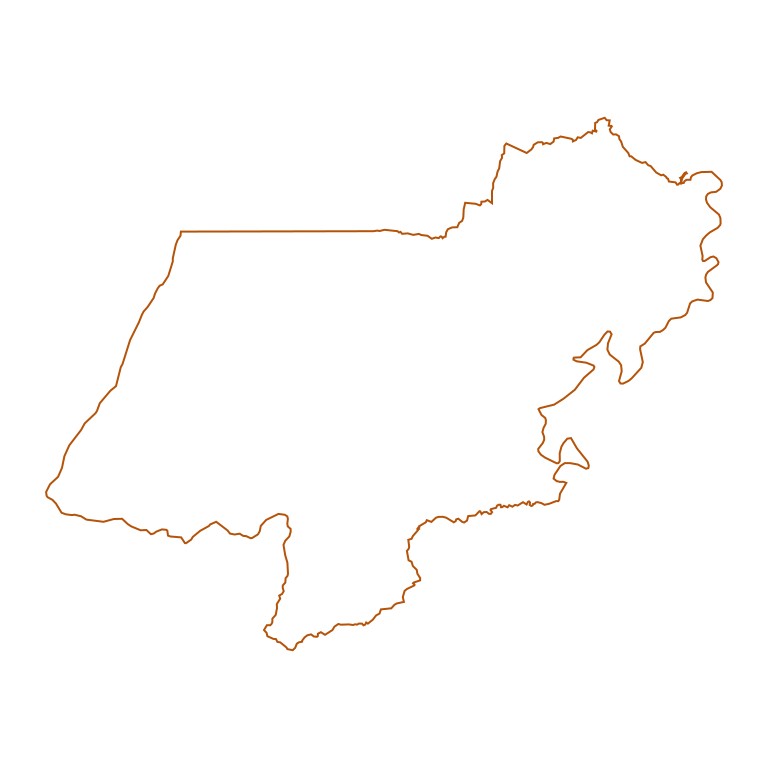 the district of Riofrío, Valle del Cauca, Colombia
{"feature_id": "7082276B33798425293322", "entity_name": "Riofrío", "entity_type": "district", "adm_level": 2, "iso_a3": "COL", "parent_name": "Colombia", "parent_adm1": "Valle del Cauca", "projection": "orthographic", "projection_center": [-76.345, 4.104], "detail": "fine", "context": "isolated", "style": "outline", "palette": "amber", "viewbox_px": 768, "rotation_deg": 0, "n_neighbors": 0, "source": "geoboundaries", "source_scale": "gbopen_adm2", "svg_char_len": 6106}
<svg xmlns="http://www.w3.org/2000/svg" viewBox="0 0 768 768"><path d="M711.6,171.8L701.3,172.1L696.7,173.3L692.3,175.5L691.0,177.2L690.4,179.8L686.4,179.8L684.4,181.3L683.8,182.9L681.8,183.2L681.3,182.4L682.1,178.6L685.5,173.7L686.8,173.4L686.1,172.3L684.5,173.1L681.8,177.0L680.1,177.9L681.1,179.2L680.7,183.6L679.4,183.2L678.1,184.6L677.1,184.7L675.6,182.4L668.9,181.5L668.0,178.7L666.7,178.2L666.3,177.0L663.2,174.7L661.1,175.3L656.1,172.4L650.7,166.1L648.2,165.2L645.5,162.1L642.0,162.9L635.6,159.9L631.2,156.3L629.6,156.3L628.3,153.0L622.8,146.8L621.2,141.7L619.4,139.0L619.0,136.2L616.1,134.4L613.2,134.5L610.6,132.0L609.8,129.3L611.8,126.4L611.4,125.9L608.7,125.7L609.7,120.4L606.6,120.2L604.7,117.8L598.5,119.9L597.0,122.2L595.2,122.9L595.0,129.5L596.5,130.9L596.2,131.6L592.7,130.7L592.0,133.3L590.2,132.3L588.1,132.1L580.8,137.9L577.7,137.3L576.0,140.0L572.9,141.4L572.7,139.6L571.4,138.8L560.6,136.5L558.1,137.9L554.2,138.4L553.6,141.6L550.2,144.1L546.4,142.9L543.1,144.2L543.0,143.1L542.0,142.2L537.8,142.3L533.7,144.8L533.0,147.2L531.3,149.5L526.7,153.0L506.3,143.5L504.4,145.9L504.2,153.4L501.8,155.1L502.1,157.7L500.1,161.2L499.2,168.4L497.6,171.5L496.4,176.9L494.8,179.0L493.1,183.3L493.2,187.9L492.0,190.9L492.0,203.2L487.5,199.9L484.9,201.5L481.4,201.7L481.2,204.2L479.9,205.4L475.7,203.8L465.2,202.8L463.7,209.3L463.3,217.6L462.1,220.9L459.2,222.8L457.3,227.2L452.1,227.4L447.9,229.2L446.2,232.2L445.6,236.7L444.3,236.8L442.6,238.2L441.6,236.6L440.5,236.4L438.7,238.1L435.4,237.5L431.8,238.8L427.6,235.8L421.2,235.0L418.8,233.9L413.3,234.9L407.8,233.4L402.1,233.8L400.5,231.9L399.0,232.5L397.6,231.2L384.5,229.8L379.7,231.0L377.1,230.6L373.6,231.2L180.9,231.6L180.5,235.7L177.5,240.2L175.8,244.7L172.8,258.2L172.8,261.4L168.3,275.9L162.7,284.4L159.7,285.7L157.8,288.2L155.0,293.6L153.7,297.9L147.7,306.9L143.6,311.5L141.9,314.8L138.9,322.3L130.1,340.0L122.5,364.1L120.8,367.1L116.0,386.1L110.3,390.8L99.8,403.2L97.0,410.9L95.5,413.2L84.7,423.4L81.1,430.0L69.3,445.3L64.4,456.2L62.0,467.8L58.1,476.8L50.0,484.3L46.1,492.0L46.6,495.8L47.7,497.3L52.4,499.8L56.0,503.6L61.6,512.8L65.9,514.3L71.8,515.1L74.6,514.7L81.1,516.3L86.4,519.6L103.5,521.8L113.9,519.0L122.1,518.8L127.9,524.2L131.3,526.4L140.7,530.3L146.4,530.0L150.9,534.2L153.8,533.5L156.3,531.6L162.0,529.4L166.2,529.8L167.3,530.6L168.0,535.6L170.5,536.5L181.2,537.4L184.9,543.1L186.0,543.2L191.2,539.6L192.8,536.9L200.2,530.8L208.9,526.0L210.2,524.4L216.2,521.8L227.5,530.4L230.0,533.6L234.6,534.5L239.7,533.7L243.2,535.9L246.1,536.1L250.6,538.2L252.1,538.0L257.9,534.4L259.7,531.3L260.8,525.9L266.2,519.9L278.5,513.9L284.9,514.8L287.3,516.4L287.9,518.8L287.3,523.8L287.8,526.4L290.6,528.9L290.7,531.7L289.3,536.5L285.3,540.7L283.5,544.9L285.2,555.1L287.4,562.7L288.0,573.8L287.5,575.9L285.6,578.2L285.3,582.6L282.8,585.4L282.7,587.8L283.7,591.2L282.1,593.9L279.2,595.6L280.2,598.7L276.8,604.1L277.0,608.0L275.7,614.9L272.4,618.6L272.3,622.4L271.4,624.1L270.3,625.2L266.9,625.2L264.0,630.0L266.6,632.9L267.4,636.2L273.4,638.9L276.0,639.1L277.4,641.9L280.3,642.4L286.5,647.5L287.4,649.1L292.7,650.2L295.2,647.8L296.8,643.7L298.7,642.4L302.1,641.7L302.1,640.7L304.5,637.5L307.3,635.3L311.1,634.4L313.9,636.5L317.0,636.8L317.8,636.1L317.9,633.7L320.9,632.2L325.0,634.8L332.4,630.1L334.4,626.7L338.3,624.0L341.0,624.7L348.8,624.4L353.0,625.0L355.1,624.3L357.3,624.6L358.8,623.6L362.0,623.6L363.5,625.3L365.2,624.6L366.2,622.5L367.9,623.6L372.8,619.7L376.1,615.4L379.5,613.6L380.9,609.4L391.3,608.3L394.3,604.9L396.6,603.5L403.9,601.9L402.8,597.1L404.6,590.9L406.9,589.0L414.4,585.4L414.5,584.5L413.0,583.3L413.5,582.6L420.1,580.4L420.2,578.1L417.4,573.7L416.7,569.8L412.9,566.1L411.5,561.7L408.6,560.3L406.9,550.9L408.6,549.0L409.2,546.9L408.3,539.8L411.6,538.8L412.9,536.0L417.8,530.4L417.3,529.0L417.8,528.3L418.2,529.4L419.1,528.9L418.6,528.0L419.4,527.0L419.2,526.2L425.8,522.3L426.8,520.2L431.4,521.9L436.0,517.7L438.4,516.9L442.9,516.8L446.2,517.7L453.8,522.3L455.7,521.1L456.2,519.4L458.3,518.7L462.4,522.0L464.1,522.5L467.0,520.6L468.2,516.1L475.4,515.4L479.5,511.2L480.3,511.4L481.6,514.1L483.7,512.2L486.7,512.0L488.9,513.8L490.8,513.9L492.1,512.1L490.5,510.0L491.0,509.1L496.1,507.8L497.1,505.6L498.8,504.7L500.5,504.8L501.0,507.2L502.2,507.2L503.9,505.8L507.6,507.3L509.2,505.2L512.4,506.7L515.0,504.9L517.7,505.5L523.0,502.2L526.6,504.5L527.9,501.9L529.0,501.4L530.0,502.5L529.7,504.9L531.3,506.0L532.8,505.3L533.1,504.0L534.7,503.8L535.7,502.5L537.3,502.1L541.4,503.1L544.5,504.8L549.1,503.8L556.1,501.1L558.3,501.1L559.2,499.8L560.0,493.7L566.3,482.9L563.4,481.8L559.8,481.9L556.5,481.0L553.6,478.6L554.5,474.8L560.4,466.0L564.8,463.1L570.0,463.1L577.8,464.5L586.0,468.7L588.3,468.1L588.8,465.7L587.6,461.7L576.9,448.3L571.0,438.1L567.3,438.7L563.5,443.1L561.4,446.8L559.7,453.3L559.8,461.1L558.4,463.1L556.8,463.3L555.2,462.6L545.2,457.7L540.9,454.7L538.4,451.3L538.2,448.9L542.7,443.2L544.2,439.8L544.1,436.8L542.4,432.1L543.5,428.0L545.7,423.8L545.9,420.5L545.3,418.0L541.5,415.0L538.5,409.2L540.0,408.1L554.2,404.6L563.5,398.7L574.8,389.8L584.0,377.7L593.5,369.5L594.4,367.0L593.6,365.6L586.3,362.7L576.6,361.3L573.5,359.7L573.5,358.3L574.0,357.6L580.6,357.3L587.4,350.1L596.6,344.8L599.4,342.2L604.4,334.7L607.5,331.5L610.0,331.6L611.6,334.3L608.0,343.3L607.4,349.7L609.8,354.6L618.8,361.7L621.1,365.2L621.7,371.2L619.0,381.1L620.5,383.5L623.0,383.6L628.4,381.0L631.5,378.5L641.3,367.8L642.8,362.1L640.1,349.2L640.3,346.4L644.8,343.6L653.7,332.8L655.9,332.0L659.9,331.9L662.9,330.1L665.4,327.8L668.8,321.1L671.2,318.7L680.7,317.4L685.3,315.0L687.1,312.8L690.1,303.4L692.2,301.4L697.4,299.6L708.0,301.0L710.5,300.0L712.5,298.0L712.8,292.5L706.0,282.4L705.4,277.5L706.1,274.6L707.9,271.9L716.9,265.3L718.0,264.3L718.5,262.1L716.4,258.2L713.4,256.5L710.5,257.2L704.8,260.9L703.0,261.0L702.3,259.6L702.6,255.9L700.4,245.7L702.9,239.2L706.3,235.4L709.8,232.4L717.7,227.8L720.1,225.1L720.6,223.5L720.4,218.0L718.9,214.5L710.3,207.3L707.0,202.8L706.0,199.4L706.2,196.4L707.9,193.9L710.9,192.4L716.2,191.8L720.3,188.8L721.9,185.6L721.7,182.2L720.4,180.0L711.6,171.8Z" fill="none" stroke="#b45309" stroke-width="2"/></svg>